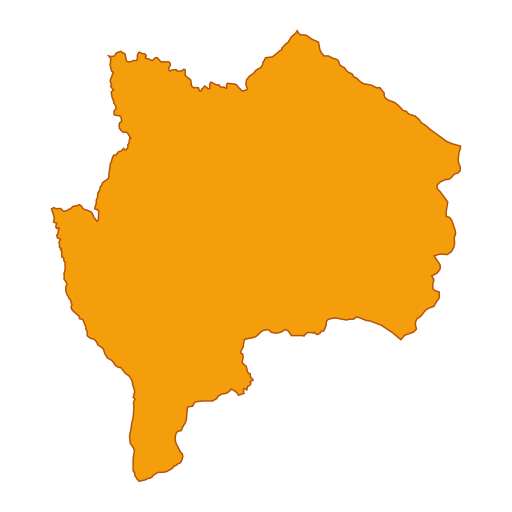 the district of Bolahla, Leribe, Lesotho
{"feature_id": "5366337B26434863829569", "entity_name": "Bolahla", "entity_type": "district", "adm_level": 2, "iso_a3": "LSO", "parent_name": "Lesotho", "parent_adm1": "Leribe", "projection": "orthographic", "projection_center": [28.277, -29.044], "detail": "fine", "context": "isolated", "style": "filled", "palette": "amber", "viewbox_px": 512, "rotation_deg": 0, "n_neighbors": 0, "source": "geoboundaries", "source_scale": "gbopen_adm2", "svg_char_len": 5879}
<svg xmlns="http://www.w3.org/2000/svg" viewBox="0 0 512 512"><path d="M181.3,430.5L182.7,427.0L185.5,422.4L186.4,419.2L187.5,406.9L192.6,406.3L194.2,402.9L196.1,401.7L202.8,401.0L212.5,401.0L216.9,398.5L217.8,396.4L222.0,393.9L225.5,393.5L227.8,392.5L231.7,389.1L236.8,392.5L238.4,395.2L243.9,393.5L243.5,390.6L243.7,388.8L245.2,388.7L246.7,389.9L247.9,386.0L249.6,385.6L250.9,383.7L250.0,381.7L253.1,380.1L252.3,378.9L251.1,377.8L250.3,376.2L250.2,373.8L248.7,373.2L247.2,371.6L247.0,369.1L246.3,366.5L242.3,362.8L242.3,361.1L243.2,357.1L243.0,355.7L242.7,354.1L241.4,353.6L240.6,352.5L241.7,349.4L243.2,347.1L243.6,343.3L244.5,339.4L254.2,337.3L256.4,336.2L261.8,331.2L264.6,330.0L268.8,329.8L270.6,331.8L272.8,332.7L276.5,333.1L280.7,332.3L285.4,329.5L288.5,331.2L291.3,335.6L302.0,335.6L304.1,336.0L306.1,333.5L307.9,332.5L310.6,332.5L313.4,333.1L314.3,332.3L316.9,334.6L319.8,333.5L320.5,332.3L322.0,331.0L323.8,331.0L326.0,325.8L326.4,321.4L328.2,319.3L333.7,318.1L336.4,318.1L346.5,320.0L349.0,319.3L353.8,319.1L356.3,317.0L359.4,317.7L366.6,320.6L369.7,320.8L381.2,325.2L392.3,332.5L400.9,339.7L404.6,335.3L413.5,332.1L416.5,329.2L415.5,325.2L415.5,322.1L416.8,319.0L420.7,316.3L425.4,310.4L428.4,308.3L433.8,306.4L436.8,301.2L439.1,298.3L439.3,292.0L434.9,290.6L433.1,289.1L432.6,284.7L433.9,279.9L431.7,275.7L436.8,273.4L438.4,271.5L440.3,268.6L440.1,264.8L434.1,255.8L440.3,254.0L447.2,254.6L451.6,251.5L454.2,246.2L454.6,242.7L454.2,237.9L455.5,234.1L455.5,232.2L454.8,229.3L451.7,220.1L449.5,217.4L446.4,216.5L446.0,213.2L447.7,201.9L440.5,192.1L437.4,188.7L436.9,185.4L439.1,182.9L441.3,181.4L445.9,179.5L448.8,179.3L450.8,178.1L454.6,173.9L458.1,172.9L460.1,170.6L460.3,167.2L458.3,161.8L458.3,158.4L459.1,151.9L460.3,149.0L460.5,146.1L452.3,143.8L446.6,141.4L429.7,129.1L425.8,125.6L421.4,122.8L419.2,119.7L415.2,116.1L408.6,114.0L406.4,111.3L403.1,110.5L399.4,106.4L395.8,103.4L394.2,102.3L388.0,100.0L385.2,97.9L384.1,95.4L384.3,93.3L379.9,87.7L376.3,87.7L371.7,85.2L363.5,83.7L360.5,81.8L356.0,77.6L353.9,77.2L352.1,73.9L347.9,72.0L345.9,69.9L344.6,67.8L341.3,66.1L339.5,64.6L338.8,61.7L337.7,60.0L335.8,59.0L333.5,58.6L328.3,55.9L324.2,56.0L321.8,53.3L319.9,49.8L318.5,42.1L312.1,39.3L306.0,35.1L301.6,34.9L299.4,34.3L297.2,30.7L295.5,33.3L291.4,36.8L288.1,42.3L285.7,44.1L281.9,48.1L281.9,49.7L279.9,50.7L272.5,56.9L265.6,57.7L264.3,60.4L263.1,61.8L262.7,64.4L261.0,67.4L256.6,69.8L254.9,71.4L254.1,72.9L249.2,76.4L246.4,80.1L245.9,84.3L246.4,86.4L247.5,88.3L246.4,89.9L243.7,90.8L241.4,90.6L240.2,88.9L239.3,88.3L236.3,84.7L235.0,84.1L227.4,83.3L226.6,84.6L226.7,88.1L226.0,88.3L224.1,87.1L222.7,87.3L220.2,86.8L219.1,84.9L216.3,84.9L212.0,82.6L210.6,82.3L209.7,84.6L209.8,88.5L207.6,88.7L206.9,87.4L204.6,86.0L203.6,87.6L201.8,89.0L201.2,90.9L200.0,91.1L198.8,89.9L198.8,88.3L198.4,87.8L196.7,87.5L193.7,87.9L191.5,85.8L190.8,80.1L185.2,75.5L185.2,70.0L184.4,69.4L183.7,69.3L181.8,70.8L180.0,71.2L177.0,71.0L176.4,69.8L175.7,69.6L171.7,70.1L169.8,71.1L169.3,70.7L168.6,68.9L168.7,68.2L170.3,65.2L170.4,63.9L169.0,61.9L160.9,61.8L157.4,57.8L155.5,57.6L152.5,60.5L151.2,60.4L149.8,59.4L145.3,58.0L145.3,57.1L146.1,56.3L146.2,55.4L144.7,53.8L142.1,53.6L139.4,52.2L138.6,52.4L137.6,54.8L137.2,56.0L137.5,57.0L137.3,59.0L136.3,60.6L133.3,60.5L130.7,61.8L128.2,61.9L126.4,60.8L125.1,54.0L123.9,53.1L122.5,52.8L121.3,51.5L120.4,51.4L116.2,53.0L115.0,55.3L113.8,56.2L111.1,56.5L108.7,55.9L110.2,57.7L110.8,59.4L110.1,65.2L111.6,71.2L113.3,72.2L110.2,80.3L110.5,82.2L111.5,83.9L110.7,86.5L113.5,90.1L111.2,92.0L112.0,97.0L112.9,99.4L113.7,100.4L113.4,101.1L113.8,102.9L115.4,105.4L116.1,107.8L115.9,108.7L114.1,111.1L114.0,114.3L114.7,115.1L119.6,115.8L120.2,116.2L121.1,117.4L121.6,121.4L119.7,122.8L119.3,123.7L119.1,125.5L119.5,128.7L120.4,129.3L121.3,130.8L123.6,132.4L125.9,132.1L127.4,132.8L128.9,135.5L130.8,137.9L129.7,138.1L128.9,143.2L127.7,145.1L128.1,146.6L126.4,149.8L124.8,149.8L123.6,148.4L121.2,151.0L118.3,151.9L116.2,154.9L113.8,155.1L112.6,157.2L111.0,162.9L110.1,164.1L110.1,166.4L108.9,173.7L108.9,176.9L108.1,178.7L102.4,182.8L101.6,185.6L100.4,186.5L99.6,190.3L97.9,193.0L97.5,197.4L96.3,200.0L96.3,203.1L94.6,208.7L96.3,209.6L97.5,209.4L98.7,211.6L98.3,219.9L97.1,221.3L93.8,217.2L93.0,214.8L91.3,212.0L86.4,209.9L84.4,209.6L82.3,207.8L81.5,206.1L79.5,204.7L75.4,206.1L73.4,206.1L70.1,209.0L68.5,209.4L67.2,210.4L64.7,211.3L63.2,211.1L60.7,208.5L56.2,208.7L53.7,207.6L51.5,208.9L54.3,217.3L53.6,222.1L56.7,223.3L55.7,226.6L56.5,228.4L57.2,228.6L57.7,227.7L58.6,227.8L59.4,228.7L58.3,230.6L57.8,234.1L56.6,235.3L57.6,238.1L60.5,239.1L58.9,242.4L59.5,243.8L59.5,247.0L59.6,247.5L61.5,248.6L60.5,250.0L62.1,251.7L61.6,253.3L61.9,257.2L63.1,257.3L63.5,257.9L64.1,261.3L65.2,262.6L65.0,265.8L65.3,267.8L64.6,272.0L63.9,273.4L64.2,275.7L64.1,279.4L65.6,281.3L66.7,283.5L66.8,285.0L65.7,287.1L65.8,290.9L66.9,294.5L68.1,296.0L68.9,298.3L70.8,300.4L71.3,303.2L72.0,304.2L71.3,306.2L71.2,307.7L71.8,309.3L73.0,310.9L79.1,316.3L79.5,317.0L79.4,318.6L82.7,319.4L85.9,327.0L85.8,328.7L86.4,330.2L87.2,331.2L87.2,335.8L90.5,338.3L91.9,338.8L93.4,338.8L94.8,339.7L97.1,342.8L97.7,344.8L101.8,347.5L103.3,349.0L105.0,354.0L107.5,358.0L111.5,360.2L113.6,362.5L114.7,364.6L117.2,366.7L118.9,367.5L120.4,367.2L125.4,373.3L129.5,376.3L132.3,381.3L132.7,385.4L133.9,388.0L134.8,392.4L133.9,393.8L133.9,395.3L133.1,397.3L135.1,399.0L133.5,402.0L133.9,408.4L133.1,417.7L131.5,424.1L131.5,425.9L129.5,436.3L130.3,443.3L133.6,448.3L134.4,450.7L133.1,458.8L133.1,470.4L134.8,473.4L134.8,475.4L136.9,478.8L139.2,481.3L145.8,479.7L147.7,478.4L149.3,478.4L151.9,477.2L153.0,475.5L157.9,472.4L163.4,472.2L166.3,471.7L172.2,468.5L174.0,466.1L176.2,465.4L177.6,464.0L179.8,463.1L181.1,461.7L182.2,459.2L182.8,456.8L182.4,453.9L180.4,451.9L176.2,443.7L175.1,439.5L175.4,435.8L176.3,433.0L177.8,431.4L181.3,430.5Z" fill="#f59e0b" stroke="#b45309" stroke-width="1.5"/></svg>